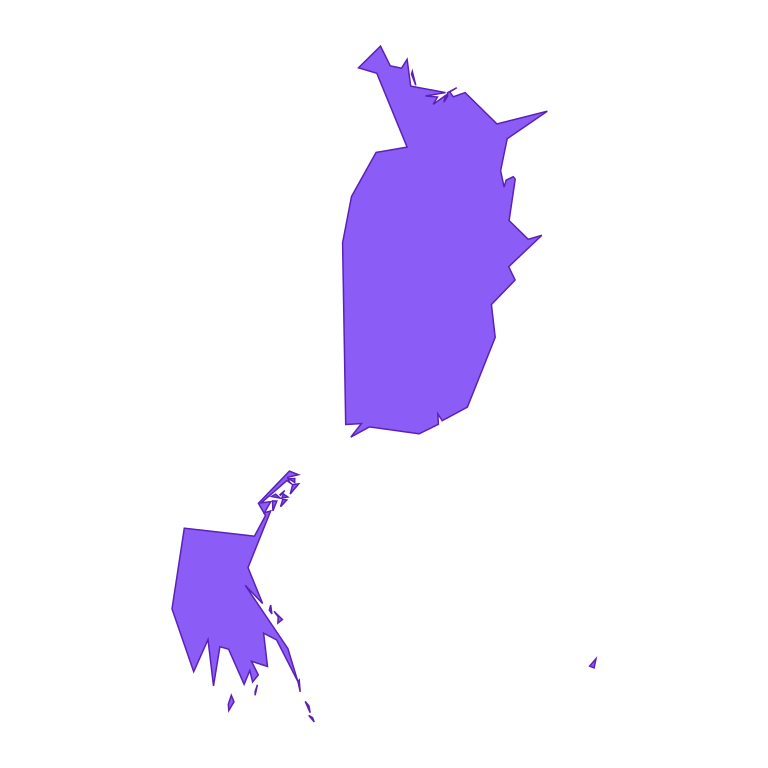 map outline of United States of America (Robinson projection), rotated 270°
{"feature_id": "USA", "entity_name": "United States of America", "entity_type": "country or territory", "adm_level": 0, "iso_a3": "USA", "parent_name": "North America", "parent_adm1": "", "projection": "robinson", "projection_center": [-126.716, 45.186], "detail": "medium", "context": "isolated", "style": "filled", "palette": "violet", "viewbox_px": 768, "rotation_deg": 270, "n_neighbors": 0, "source": "natural_earth", "source_scale": "50m", "svg_char_len": 1960}
<svg xmlns="http://www.w3.org/2000/svg" viewBox="0 0 768 768"><g transform="rotate(270 384 384)"><path d="M620.9,407.1L694.7,376.8L700.2,358.5L721.9,380.5L702.2,390.2L699.8,401.5L708.7,407.1L681.9,410.7L675.4,445.5L672.0,425.4L671.0,437.5L663.7,433.2L673.1,446.3L672.3,446.9L670.3,444.9L665.8,444.0L671.9,447.7L675.3,447.5L680.3,456.8L676.1,449.7L671.2,453.3L675.4,465.1L644.1,496.9L656.8,547.3L629.3,507.2L597.3,500.6L580.9,504.1L587.9,506.1L591.3,513.3L588.8,515.2L547.4,509.1L528.7,528.2L532.7,541.8L501.3,508.7L488.0,515.1L463.5,491.4L430.6,495.2L360.9,467.4L347.3,442.2L354.0,437.8L343.7,438.4L334.2,419.1L341.1,369.4L330.9,350.8L344.4,361.4L343.5,345.7L525.2,342.6L571.5,351.5L615.6,376.1L620.9,407.1ZM296.9,289.4L293.3,298.4L290.7,287.8L285.9,289.5L283.7,292.0L287.5,286.9L265.2,261.3L266.3,270.7L255.2,264.4L257.1,270.7L200.4,248.0L164.5,262.6L182.7,245.2L119.4,287.9L86.6,297.8L128.1,276.6L134.8,263.6L101.5,267.5L106.7,251.5L93.1,258.3L86.0,252.6L97.4,249.8L83.7,244.1L118.8,228.6L121.3,219.9L82.1,213.5L128.4,208.0L96.3,193.7L159.1,172.0L239.8,184.3L231.8,254.4L252.4,265.5L264.7,258.4L296.9,289.4ZM156.7,274.0L148.5,282.4L144.9,277.9L151.1,278.2L156.7,274.0ZM274.0,290.2L283.4,292.7L284.1,298.7L274.0,290.2ZM109.3,596.0L100.1,594.1L101.9,589.6L109.3,596.0ZM57.5,228.8L63.7,228.3L72.7,231.3L66.2,234.0L57.5,228.8ZM257.1,272.9L267.1,272.5L267.0,276.8L257.1,272.9ZM76.4,255.1L83.2,257.4L72.7,255.1L76.4,255.1ZM261.3,280.5L268.6,282.8L268.0,286.8L261.3,280.5ZM269.9,280.1L271.5,271.5L273.9,275.6L269.9,280.1ZM76.1,300.2L86.3,298.0L87.9,299.2L76.1,300.2ZM289.2,288.9L289.5,294.8L285.6,294.7L289.2,288.9ZM693.8,411.5L696.6,412.3L682.7,415.8L693.8,411.5ZM273.4,280.0L277.4,284.8L272.7,280.5L273.4,280.0ZM55.3,310.2L66.6,305.2L62.2,308.9L55.3,310.2ZM157.9,269.3L162.9,270.7L154.1,271.9L157.9,269.3ZM270.1,281.9L274.0,283.4L271.0,287.9L270.1,281.9ZM52.6,308.7L50.3,312.5L46.1,314.2L52.6,308.7Z" fill="#8b5cf6" stroke="#5b21b6" stroke-width="1.5"/></g></svg>